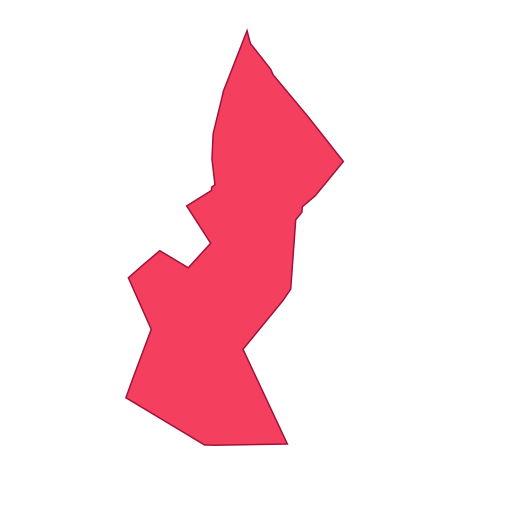 Mary, Mary, Turkmenistan, rotated 211°
{"feature_id": "10190150B21853413573592", "entity_name": "Mary", "entity_type": "district", "adm_level": 2, "iso_a3": "TKM", "parent_name": "Turkmenistan", "parent_adm1": "Mary", "projection": "natural_earth1", "projection_center": [61.716, 37.759], "detail": "fine", "context": "isolated", "style": "filled", "palette": "rose", "viewbox_px": 512, "rotation_deg": 211, "n_neighbors": 0, "source": "geoboundaries", "source_scale": "gbopen_adm2", "svg_char_len": 635}
<svg xmlns="http://www.w3.org/2000/svg" viewBox="0 0 512 512"><g transform="rotate(211 256 256)"><path d="M209.9,232.2L209.2,245.5L240.6,307.5L239.2,317.2L241.7,322.0L236.2,338.3L229.8,382.0L282.8,402.1L334.6,420.1L339.6,423.6L370.3,435.3L379.7,444.5L371.1,393.9L369.1,381.9L368.7,379.6L368.3,379.2L355.7,338.7L343.8,316.6L343.7,316.5L327.9,295.9L329.5,292.0L327.9,289.3L341.2,263.2L301.4,243.6L308.0,211.0L309.9,211.0L341.2,211.0L347.5,192.5L354.2,171.6L308.0,139.2L298.9,89.8L294.5,67.5L202.8,67.5L193.5,72.8L132.3,111.0L213.7,165.7L213.8,165.8L219.1,169.3L209.9,232.2Z" fill="#f43f5e" stroke="#9f1239" stroke-width="1.5"/></g></svg>